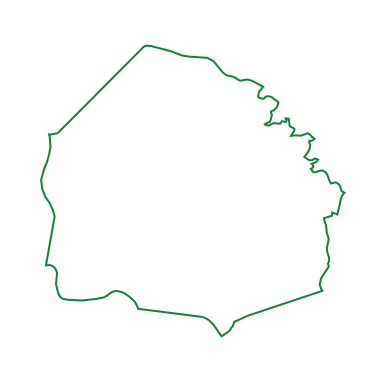 outline of Atakora, rotated 98°
{"feature_id": "BEN-2181", "entity_name": "Atakora", "entity_type": "Department", "adm_level": 1, "iso_a3": "BEN", "parent_name": "Benin", "parent_adm1": "", "projection": "robinson", "projection_center": [1.484, 10.71], "detail": "fine", "context": "isolated", "style": "outline", "palette": "green", "viewbox_px": 384, "rotation_deg": 98, "n_neighbors": 0, "source": "natural_earth", "source_scale": "10m", "svg_char_len": 2700}
<svg xmlns="http://www.w3.org/2000/svg" viewBox="0 0 384 384"><g transform="rotate(98 192 192)"><path d="M265.9,52.7L270.7,50.2L271.5,49.2L272.3,50.3L306.2,118.5L314.8,132.3L316.4,132.3L318.6,132.8L320.1,133.6L321.0,134.2L321.8,134.6L322.7,134.7L323.1,134.8L325.1,136.4L330.8,142.6L320.5,152.3L317.0,156.7L315.3,160.2L314.6,162.6L314.3,165.8L315.2,228.9L313.3,230.1L309.6,232.5L309.0,233.1L308.5,233.5L304.1,239.9L302.0,244.2L300.9,247.4L300.6,250.2L300.6,253.2L300.8,254.2L301.0,254.8L301.6,256.3L302.6,257.8L307.1,262.5L308.2,264.1L309.0,265.6L311.6,273.2L312.2,276.3L314.7,285.4L316.0,299.5L315.9,303.5L315.5,305.9L314.9,306.8L313.7,308.2L312.4,309.5L310.9,310.4L304.0,313.2L301.2,313.9L291.7,314.3L289.9,314.8L288.3,315.7L287.3,316.4L286.4,317.4L285.0,319.3L284.4,320.7L284.2,321.9L284.2,322.7L285.0,326.4L235.5,324.6L229.0,327.4L222.9,331.3L217.2,336.6L209.8,340.7L201.0,343.1L190.0,341.7L182.6,339.8L174.2,338.7L166.8,338.4L157.0,340.6L154.8,341.6L154.8,340.0L152.5,333.3L134.2,319.5L109.3,300.8L94.4,289.7L84.4,282.2L67.9,269.8L54.7,259.9L53.3,257.0L53.2,252.4L55.6,232.0L58.2,221.0L58.3,213.3L57.0,195.4L59.5,188.8L68.9,178.7L71.2,175.0L71.7,173.0L72.0,168.5L72.3,166.4L75.0,160.5L74.8,158.4L73.3,154.4L72.9,152.2L73.4,148.3L77.9,136.1L83.2,139.4L85.5,139.8L88.6,139.8L89.4,138.7L89.8,136.4L89.6,134.1L88.6,133.0L87.3,132.3L86.6,130.5L86.6,128.3L86.8,126.3L87.4,125.8L88.8,123.3L89.9,120.9L91.0,119.2L91.8,118.8L92.6,119.1L96.4,119.8L97.6,120.7L98.5,121.7L99.4,122.1L99.9,122.5L100.8,124.5L101.1,124.9L102.2,124.8L104.1,123.8L104.8,123.6L110.1,124.2L111.9,124.9L112.4,125.9L113.6,127.9L114.9,129.2L115.4,128.3L115.6,125.1L113.7,122.8L112.6,120.7L112.3,118.6L112.3,116.3L111.9,114.0L111.6,114.0L109.9,113.1L109.4,112.8L109.3,111.8L109.6,109.4L109.4,108.6L107.8,108.2L106.7,109.3L106.0,109.5L105.9,106.5L106.8,106.1L112.5,104.7L113.5,103.9L114.7,100.2L115.5,99.2L117.3,99.3L120.8,101.1L122.6,101.8L121.7,98.4L121.0,91.7L117.7,85.7L118.6,83.2L120.4,81.2L122.2,78.1L123.9,79.6L125.2,81.9L125.0,82.9L126.5,82.9L127.4,82.4L128.3,81.8L129.8,81.4L133.1,81.6L135.9,82.5L141.7,85.6L143.9,81.0L144.2,79.5L143.8,77.5L142.1,75.6L141.7,74.1L142.6,71.7L144.5,72.8L146.5,75.4L147.6,77.5L148.8,75.9L150.0,75.3L151.3,75.9L152.5,77.5L155.5,74.6L155.2,72.0L153.5,69.3L152.5,65.9L154.0,62.2L157.4,59.7L161.4,57.7L164.2,55.7L162.6,51.5L162.8,49.9L164.2,47.5L166.5,45.6L168.6,44.9L170.5,43.7L171.5,40.9L174.3,42.7L177.7,43.5L194.0,44.9L193.6,46.2L193.2,49.0L192.9,50.3L196.0,50.1L199.6,57.7L203.0,56.4L206.0,54.7L214.0,52.7L217.3,51.0L220.0,50.0L227.7,50.6L231.0,50.3L237.8,47.3L241.1,46.5L244.2,47.5L245.8,46.3L247.9,46.6L252.5,49.0L259.8,52.2L265.9,52.7Z" fill="none" stroke="#15803d" stroke-width="2"/></g></svg>